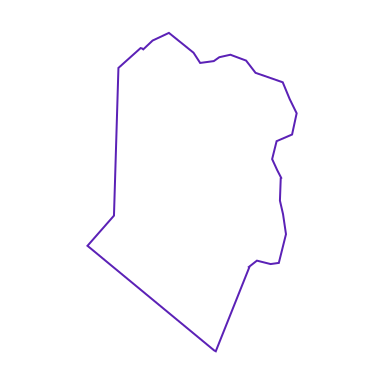 the district of Vadstena, Östergötland, Sweden, rotated 284°
{"feature_id": "70781695B1956121953089", "entity_name": "Vadstena", "entity_type": "district", "adm_level": 2, "iso_a3": "SWE", "parent_name": "Sweden", "parent_adm1": "Östergötland", "projection": "mercator", "projection_center": [14.877, 58.447], "detail": "fine", "context": "isolated", "style": "outline", "palette": "violet", "viewbox_px": 384, "rotation_deg": 284, "n_neighbors": 0, "source": "geoboundaries", "source_scale": "gbopen_adm2", "svg_char_len": 595}
<svg xmlns="http://www.w3.org/2000/svg" viewBox="0 0 384 384"><g transform="rotate(284 192 192)"><path d="M227.2,275.2L233.8,269.4L243.3,261.8L261.8,261.8L272.0,275.2L293.7,274.5L305.8,264.3L320.4,253.5L323.0,224.8L332.6,212.7L334.2,198.4L334.5,196.1L329.4,185.9L324.3,181.5L319.2,168.7L327.5,159.8L340.8,131.1L329.4,117.1L318.6,110.2L319.2,108.8L319.2,107.3L294.6,90.6L150.2,122.0L114.5,103.6L43.7,251.7L43.2,253.6L132.7,265.8L133.0,265.3L141.1,271.6L141.1,285.7L144.2,293.4L173.8,293.4L192.5,285.7L204.9,279.4L226.7,274.8L227.2,275.2Z" fill="none" stroke="#5b21b6" stroke-width="2"/></g></svg>